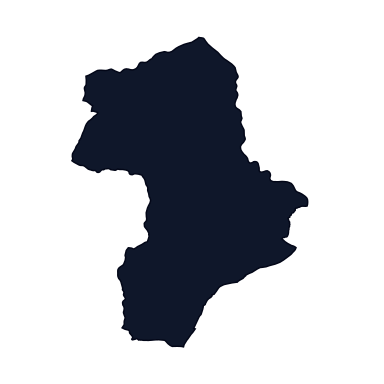 Sutatenza, Boyacá, Colombia, rotated 259°
{"feature_id": "7082276B29304036127209", "entity_name": "Sutatenza", "entity_type": "district", "adm_level": 2, "iso_a3": "COL", "parent_name": "Colombia", "parent_adm1": "Boyacá", "projection": "robinson", "projection_center": [-73.439, 5.025], "detail": "fine", "context": "isolated", "style": "filled", "palette": "ink", "viewbox_px": 384, "rotation_deg": 259, "n_neighbors": 0, "source": "geoboundaries", "source_scale": "gbopen_adm2", "svg_char_len": 6039}
<svg xmlns="http://www.w3.org/2000/svg" viewBox="0 0 384 384"><g transform="rotate(259 192 192)"><path d="M325.9,110.0L322.1,109.6L318.8,108.9L317.7,108.6L316.8,108.1L315.4,106.6L314.5,106.2L313.3,106.1L310.6,106.2L309.9,106.2L308.1,105.7L306.7,105.1L304.2,103.2L302.6,102.5L301.3,105.4L300.5,106.5L296.7,109.7L295.7,110.9L293.4,109.8L290.6,108.7L290.4,108.7L290.3,110.4L288.4,114.0L288.0,114.6L287.1,114.2L286.4,113.5L285.7,112.2L284.8,110.0L283.4,108.3L282.1,106.1L281.2,104.0L280.5,103.1L278.8,101.3L277.0,100.0L272.5,97.4L270.7,96.0L266.3,93.4L265.4,92.6L263.9,91.0L262.2,90.5L261.6,90.0L258.8,87.0L256.3,85.5L253.1,82.6L252.1,81.9L249.9,81.3L247.5,81.3L246.8,81.1L245.6,80.1L243.7,81.9L240.1,86.3L239.5,87.4L238.8,90.1L238.3,90.9L237.6,91.7L234.3,94.5L233.5,95.8L233.1,96.7L232.3,98.1L231.8,99.5L231.7,100.9L231.1,101.6L229.7,102.4L229.2,103.3L229.1,104.3L229.3,105.2L229.6,105.6L230.7,107.1L231.0,107.9L230.9,109.3L231.1,110.0L230.9,110.0L231.3,111.0L231.0,114.2L230.7,115.2L229.5,116.4L228.0,120.6L228.0,121.3L228.7,123.4L228.0,125.1L227.3,128.4L226.3,131.1L225.5,132.6L224.6,133.6L223.7,134.0L222.3,134.0L221.3,134.5L220.9,135.1L220.5,136.2L220.4,136.8L220.9,139.0L220.6,140.3L219.8,142.8L218.2,146.0L216.4,146.6L214.7,147.5L213.4,147.9L212.5,148.1L207.9,148.3L206.4,149.0L204.8,149.4L204.4,149.4L202.6,148.9L201.7,148.8L198.7,149.2L195.6,149.1L193.5,149.7L191.6,149.8L189.7,148.9L188.9,148.4L186.8,146.7L184.8,145.3L180.4,143.1L176.3,142.5L174.9,142.5L172.9,142.0L172.0,141.2L171.1,140.0L170.6,139.4L170.1,139.1L167.5,138.8L167.0,138.9L166.2,139.2L163.9,140.4L162.9,140.9L159.7,141.8L158.5,141.4L156.8,141.5L154.8,140.5L152.3,139.1L151.8,138.7L151.5,137.9L151.5,136.6L151.3,135.9L150.1,133.0L148.7,128.0L147.9,126.4L147.1,124.1L147.1,123.9L148.4,122.0L149.2,119.6L149.4,118.8L149.0,118.5L148.1,117.3L147.1,116.3L143.6,114.7L142.7,114.3L142.0,114.2L141.0,114.4L140.3,114.3L138.8,113.8L137.7,113.4L134.5,111.4L133.4,110.3L132.1,107.2L131.4,105.9L130.9,105.3L129.9,104.5L128.7,104.1L126.4,103.7L124.5,103.3L123.0,103.2L121.0,103.6L119.5,104.5L117.7,105.1L111.2,105.6L110.5,105.5L109.3,105.1L108.1,105.7L106.9,106.1L106.2,106.0L104.3,105.2L103.9,105.2L103.2,105.3L101.3,106.1L100.1,106.3L99.3,105.9L98.8,105.1L98.2,103.9L97.5,103.2L96.5,102.7L94.3,102.6L92.7,103.2L91.0,103.3L90.1,103.1L88.2,102.4L87.4,101.9L86.5,101.7L84.0,102.0L81.9,102.4L81.3,102.4L80.7,102.2L78.3,100.9L77.2,100.6L75.3,100.3L74.6,100.0L72.0,97.5L70.1,100.0L68.6,103.2L67.9,104.0L65.6,103.9L65.0,104.1L62.0,105.8L60.6,106.0L60.1,105.9L59.2,104.9L58.9,104.8L58.7,104.8L58.2,105.5L58.4,108.5L58.7,109.8L58.1,110.5L56.9,111.3L57.1,112.1L56.6,112.6L56.4,114.0L55.6,116.3L55.1,119.1L54.7,120.5L53.8,128.5L53.3,131.3L51.9,136.2L51.3,137.3L47.7,139.5L45.6,141.3L44.6,142.6L44.2,143.3L43.4,148.1L42.5,151.9L41.6,154.1L43.7,155.1L47.5,158.6L48.3,159.6L52.5,163.9L54.1,166.0L57.0,169.0L57.8,167.6L68.1,175.1L69.3,176.3L69.8,177.2L70.4,177.7L75.0,180.2L76.9,181.0L78.3,181.4L78.7,182.7L79.0,183.4L80.2,184.1L82.8,186.2L83.9,187.7L84.5,188.9L84.9,190.2L85.9,191.6L86.6,192.0L87.3,192.0L87.4,194.1L90.0,197.0L92.8,199.8L93.5,200.8L93.9,201.6L94.7,204.4L95.0,205.6L95.1,207.5L95.2,213.9L94.9,219.4L95.5,220.0L96.3,221.9L97.5,225.6L98.6,227.0L99.5,228.6L100.0,228.3L101.2,232.6L101.8,235.7L104.1,241.6L104.9,244.5L104.7,246.2L104.5,250.4L105.0,254.1L105.4,259.9L106.3,264.9L107.8,268.8L111.3,276.1L112.2,277.7L113.5,279.3L114.4,280.7L115.7,282.3L117.5,283.5L118.6,282.5L119.6,281.2L120.5,279.4L123.1,276.2L125.6,273.7L127.5,272.4L128.9,270.9L130.0,273.0L129.8,274.3L130.1,275.0L129.9,276.0L130.0,276.6L130.6,277.3L132.1,278.3L133.6,278.9L135.7,279.4L136.9,280.0L138.5,280.3L139.4,281.1L140.7,281.4L141.7,281.9L142.7,281.7L143.8,282.1L144.6,281.7L145.5,281.5L147.7,281.3L148.1,281.4L148.3,281.7L148.6,283.1L149.9,283.5L150.1,283.9L150.2,284.6L150.5,284.9L151.4,285.4L152.1,286.0L152.3,286.4L152.4,287.6L152.7,288.0L153.1,288.2L154.3,289.8L154.9,290.0L155.5,290.0L155.9,290.1L156.1,290.4L156.3,290.8L156.2,292.0L156.7,293.7L156.6,294.7L157.1,296.1L157.1,296.9L157.0,298.0L156.3,300.9L156.3,302.3L157.7,303.0L159.4,303.5L161.0,303.8L162.8,303.9L164.5,303.4L166.3,302.1L168.7,299.8L170.2,298.0L172.0,295.2L173.6,293.9L178.5,292.6L180.0,291.9L181.4,291.1L182.6,289.4L183.7,287.5L184.6,284.6L185.2,282.2L185.6,278.7L186.6,273.8L187.5,272.3L188.4,271.3L189.7,271.0L190.6,270.9L193.4,272.2L194.6,272.3L195.9,272.1L197.2,271.4L198.4,270.0L198.6,268.7L198.2,265.9L198.2,264.5L198.3,263.4L199.1,262.4L200.3,262.0L201.7,262.3L203.0,262.5L207.2,262.3L208.6,261.8L209.5,260.7L209.9,259.3L209.9,258.1L209.3,256.8L209.2,255.0L209.7,254.0L210.8,253.3L212.1,253.0L214.4,252.9L216.1,252.2L217.5,251.4L219.0,250.2L222.2,248.6L224.1,248.0L226.1,248.0L227.8,248.4L229.5,249.9L231.0,252.0L232.5,253.4L233.5,254.2L234.7,254.4L237.4,254.0L242.9,254.9L244.2,254.6L247.2,253.7L249.9,253.1L251.1,253.0L252.3,253.4L253.0,254.0L254.9,255.1L257.2,254.8L261.6,255.3L263.6,254.1L265.9,251.7L267.1,251.0L268.3,250.8L269.7,250.8L271.5,251.3L274.6,253.1L275.7,254.1L278.3,255.4L279.5,255.5L280.9,255.3L283.0,254.4L283.7,254.4L284.5,254.6L287.2,256.1L288.3,256.2L290.1,255.6L291.2,255.5L292.7,255.9L294.0,257.1L294.9,258.2L295.8,259.0L296.9,259.3L298.1,259.1L301.1,258.2L305.8,258.0L307.7,257.0L310.1,255.3L314.5,251.1L315.9,249.6L317.4,248.3L320.6,246.1L324.2,243.9L329.5,239.3L334.1,235.8L337.7,234.0L339.6,233.3L340.7,232.6L341.4,231.1L341.9,229.4L342.4,228.2L341.5,226.8L339.0,220.5L338.7,215.8L338.4,212.4L337.1,206.7L336.1,203.8L333.8,199.2L333.4,196.9L333.6,194.8L334.5,193.0L335.0,191.6L334.8,186.6L334.0,182.8L332.9,181.0L331.5,179.1L330.4,178.1L330.2,177.0L329.7,175.7L328.7,174.0L328.0,172.1L328.1,170.3L328.8,168.0L329.0,166.4L328.3,165.0L324.9,162.3L323.7,160.5L323.2,158.3L323.2,156.9L323.7,155.1L324.7,153.1L325.4,150.9L325.3,149.0L324.7,147.6L322.9,144.6L323.0,143.5L323.6,142.4L325.5,139.5L327.3,137.3L328.0,136.2L328.0,134.9L327.6,132.1L327.7,130.4L328.9,125.8L329.2,123.9L329.3,122.5L328.9,120.9L327.3,116.1L326.3,112.8L325.9,110.0Z" fill="#0f172a" stroke="#020617" stroke-width="1.5"/></g></svg>